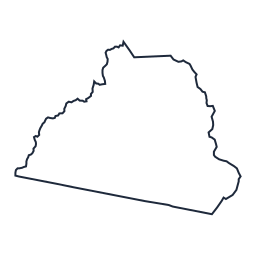 the district of Lagoa Grande do Maranhão, Maranhão, Brazil
{"feature_id": "56859067B63003511785784", "entity_name": "Lagoa Grande do Maranhão", "entity_type": "district", "adm_level": 2, "iso_a3": "BRA", "parent_name": "Brazil", "parent_adm1": "Maranhão", "projection": "albers", "projection_center": [-45.43, -4.913], "detail": "fine", "context": "isolated", "style": "outline", "palette": "slate", "viewbox_px": 256, "rotation_deg": 0, "n_neighbors": 0, "source": "geoboundaries", "source_scale": "gbopen_adm2", "svg_char_len": 1882}
<svg xmlns="http://www.w3.org/2000/svg" viewBox="0 0 256 256"><path d="M15.4,175.6L18.9,176.5L56.6,183.8L73.7,187.3L82.5,189.0L144.9,201.1L168.6,205.0L172.6,206.5L174.5,206.9L211.9,214.2L217.1,207.5L221.7,200.9L223.6,197.6L225.9,199.0L232.6,195.0L236.4,189.9L238.7,181.4L238.7,179.2L240.6,176.4L238.7,172.8L236.9,168.4L234.1,166.2L229.0,163.1L226.6,161.3L223.6,160.7L219.1,159.3L215.1,156.7L213.9,155.0L213.9,151.7L216.7,146.9L216.0,144.0L214.7,139.6L211.6,137.4L209.5,136.8L208.6,132.4L212.3,129.1L213.2,125.1L213.0,121.7L211.6,116.7L214.8,110.9L212.8,105.9L210.2,106.2L207.6,106.0L206.5,103.0L206.8,100.2L206.3,98.3L206.2,96.3L204.9,92.3L202.5,91.7L200.4,89.0L197.6,87.0L196.6,82.9L195.5,76.9L196.6,74.4L194.3,71.9L192.4,69.5L190.5,65.5L189.5,63.9L185.9,62.2L183.2,60.4L181.4,61.4L178.4,61.8L173.5,59.5L170.6,55.7L134.2,57.3L129.7,50.5L123.5,41.8L122.7,45.7L120.1,45.3L118.6,47.4L117.0,46.7L115.0,46.7L113.4,48.4L111.7,48.9L109.9,49.9L108.1,49.7L106.5,50.9L105.6,52.7L106.2,54.8L106.7,57.1L107.7,59.0L107.5,61.8L106.8,64.3L105.5,65.6L103.2,67.7L102.5,70.0L102.5,72.9L102.9,75.9L103.8,77.5L104.9,80.9L105.2,83.9L102.1,84.3L99.7,84.8L98.3,83.7L96.2,83.5L94.2,81.4L93.7,84.7L92.5,88.5L92.7,91.9L90.9,94.0L91.0,95.9L88.3,98.0L86.1,99.2L86.5,101.3L84.2,101.7L82.7,100.7L79.7,100.6L77.6,98.7L75.7,100.2L73.6,100.9L71.5,102.3L68.7,101.7L66.3,103.5L65.7,106.0L64.3,108.8L64.4,111.2L62.5,113.3L59.4,113.4L58.1,115.5L55.5,116.0L54.8,117.9L52.9,118.4L50.2,118.0L48.0,117.4L46.1,118.7L45.2,120.5L44.4,122.3L42.7,123.7L41.7,125.8L40.4,128.0L39.5,130.2L38.9,132.2L39.2,134.9L37.4,136.7L35.8,136.0L34.0,137.1L34.7,139.7L35.8,142.0L36.0,144.0L35.6,146.2L33.5,148.6L33.6,150.9L32.3,153.3L30.8,154.6L28.8,155.2L28.2,157.2L27.0,159.3L26.4,161.5L26.4,163.7L26.0,166.4L23.8,167.0L22.0,167.8L19.4,168.3L17.6,168.3L15.9,170.1L15.4,172.8L15.4,175.6Z" fill="none" stroke="#1e293b" stroke-width="2"/></svg>